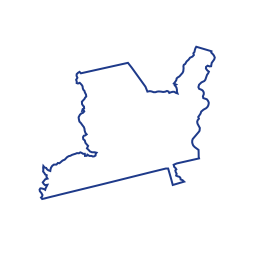 São Mateus do Maranhão, Maranhão, Brazil (Mercator projection), rotated 347°
{"feature_id": "56859067B61548310814974", "entity_name": "São Mateus do Maranhão", "entity_type": "district", "adm_level": 2, "iso_a3": "BRA", "parent_name": "Brazil", "parent_adm1": "Maranhão", "projection": "mercator", "projection_center": [-44.527, -3.987], "detail": "fine", "context": "isolated", "style": "outline", "palette": "blue", "viewbox_px": 256, "rotation_deg": 347, "n_neighbors": 0, "source": "geoboundaries", "source_scale": "gbopen_adm2", "svg_char_len": 3133}
<svg xmlns="http://www.w3.org/2000/svg" viewBox="0 0 256 256"><g transform="rotate(347 128 128)"><path d="M170.6,192.9L169.4,191.1L167.7,190.0L167.8,188.4L167.2,187.2L165.3,186.1L164.2,185.2L165.1,183.6L164.6,181.7L164.6,179.9L165.8,179.2L165.3,177.8L164.3,176.3L164.2,174.1L167.5,173.5L187.5,173.6L190.4,173.6L190.4,172.0L191.4,167.3L191.8,165.2L188.7,161.6L187.6,159.7L187.3,157.8L187.3,156.4L187.8,154.6L188.6,153.3L190.2,152.1L192.5,150.4L194.1,149.2L196.0,147.8L197.1,146.8L198.0,144.1L197.3,141.6L196.7,139.4L196.8,137.5L197.6,136.1L199.2,134.9L198.9,133.1L199.9,132.2L201.9,130.3L203.0,128.5L205.7,127.1L208.6,126.3L210.2,125.3L211.2,124.2L212.1,122.5L212.4,121.2L212.0,119.3L211.2,117.7L208.1,115.8L208.1,114.0L209.5,112.0L209.8,110.2L209.3,108.5L208.4,107.4L207.1,106.5L206.1,105.8L205.8,104.0L207.0,101.8L209.8,100.1L212.9,99.4L214.2,98.4L216.0,95.5L217.1,93.8L218.3,92.9L219.5,91.3L218.2,89.7L217.3,87.6L217.8,86.0L219.6,85.2L221.3,86.3L222.9,86.5L223.5,85.0L224.2,83.4L225.8,82.0L227.4,80.6L228.4,78.9L228.1,77.1L227.6,75.7L226.1,73.2L226.6,72.0L222.2,69.5L212.8,64.2L211.7,65.4L210.7,67.0L209.9,68.8L208.5,69.9L208.6,71.7L206.9,72.9L204.2,73.5L202.5,75.0L200.0,76.4L198.2,78.4L196.6,79.0L195.9,80.2L195.6,82.3L194.6,85.2L193.6,86.5L192.2,87.5L189.7,89.3L187.6,90.0L186.5,90.7L186.0,92.0L184.8,93.3L182.7,95.0L184.6,96.5L183.2,96.9L184.3,99.4L184.3,101.6L183.8,103.8L184.0,105.4L182.5,104.5L181.3,103.2L180.0,102.8L178.1,102.8L176.1,103.1L175.7,101.6L174.3,100.7L172.3,101.0L170.3,100.8L168.4,100.0L166.3,99.3L164.5,99.1L163.0,99.3L161.1,98.9L159.2,97.7L157.6,97.0L155.1,96.9L154.3,91.7L145.2,70.0L142.6,64.5L94.4,64.1L93.4,62.4L91.7,63.0L90.1,64.0L89.6,65.6L90.0,67.7L88.3,69.4L88.5,71.1L88.1,72.7L89.3,73.4L91.1,73.1L92.5,75.4L93.1,77.1L92.9,79.2L93.1,80.7L93.9,82.0L94.0,83.7L94.6,86.0L94.4,87.9L93.0,88.8L92.1,89.9L90.9,90.7L89.0,92.0L88.6,94.4L89.2,96.1L89.9,97.2L89.7,98.9L88.1,99.4L87.3,100.8L88.8,100.6L89.1,102.0L87.5,103.1L85.9,103.3L84.2,104.2L82.3,106.4L82.1,108.2L82.1,110.8L83.2,112.6L84.2,115.0L85.2,117.2L85.4,118.8L85.2,120.9L85.4,123.2L86.3,124.9L84.7,125.6L83.2,125.6L82.1,126.8L81.9,128.9L83.1,130.4L83.2,132.9L83.9,134.3L85.1,136.5L83.4,138.6L84.5,140.2L85.7,142.3L87.4,143.5L88.7,143.8L90.2,144.2L91.8,145.0L90.7,145.9L90.2,147.5L88.8,148.0L87.4,147.9L86.2,147.0L84.1,146.5L82.4,144.8L81.5,145.8L79.8,145.5L80.1,143.4L78.4,143.0L77.2,141.8L76.0,141.0L74.5,141.6L72.6,141.0L71.0,141.3L69.4,141.4L67.3,141.6L65.7,142.1L63.9,142.1L62.1,142.7L59.2,144.6L56.9,145.0L53.3,146.9L51.8,146.3L50.1,147.5L47.5,147.0L45.7,147.8L44.1,149.3L43.2,150.9L42.6,152.4L40.9,151.3L39.8,150.0L39.3,148.5L37.9,147.8L37.0,146.0L36.4,147.6L36.1,149.7L35.5,151.3L36.3,152.9L36.9,154.7L38.2,155.7L37.5,157.3L38.2,159.2L35.9,159.3L32.7,161.8L33.3,163.5L34.3,165.0L36.7,165.2L35.6,166.5L34.1,168.3L33.4,169.6L32.4,168.6L30.4,167.5L29.1,167.1L28.0,168.1L27.9,169.8L29.0,171.9L29.6,174.1L28.8,175.5L27.6,176.2L28.4,177.9L38.8,177.7L41.5,177.7L45.5,177.6L68.9,177.3L86.3,177.1L98.9,176.9L139.8,176.2L155.8,176.0L158.0,176.5L158.4,183.9L158.6,187.9L158.8,193.6L170.6,192.9Z" fill="none" stroke="#1e3a8a" stroke-width="2"/></g></svg>